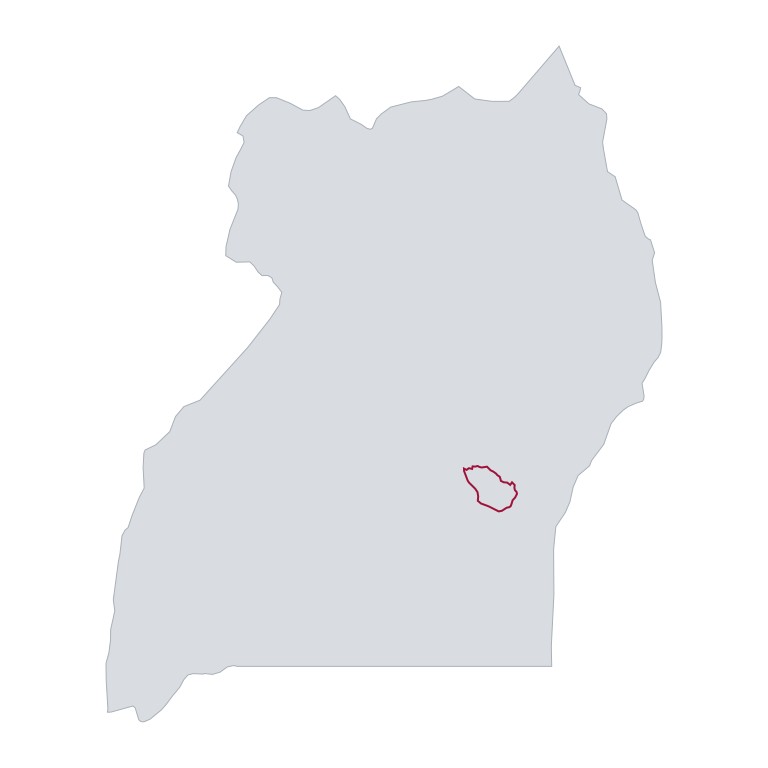 Jinja highlighted on a map of Uganda
{"feature_id": "UGA-3064", "entity_name": "Jinja", "entity_type": "District", "adm_level": 1, "iso_a3": "UGA", "parent_name": "Uganda", "parent_adm1": "", "projection": "natural_earth1", "projection_center": [33.327, 0.494], "detail": "fine", "context": "in_parent", "style": "outline", "palette": "rose", "viewbox_px": 768, "rotation_deg": 0, "n_neighbors": 0, "source": "natural_earth", "source_scale": "10m", "svg_char_len": 2885}
<svg xmlns="http://www.w3.org/2000/svg" viewBox="0 0 768 768"><path d="M551.7,666.4L540.5,666.4L522.2,666.4L504.0,666.4L485.7,666.4L467.5,666.4L449.2,666.4L431.0,666.4L412.7,666.4L394.5,666.4L376.2,666.4L358.0,666.4L339.7,666.4L321.5,666.4L303.2,666.4L285.0,666.4L266.7,666.4L248.5,666.4L237.7,666.4L235.5,666.0L234.0,665.5L227.1,667.0L220.0,672.2L212.4,674.4L204.3,673.5L203.3,674.1L199.2,673.9L193.3,673.6L187.9,675.0L183.9,679.5L179.7,687.3L172.2,696.3L166.4,704.2L161.4,709.9L150.0,719.2L143.8,721.9L140.7,721.5L138.8,719.8L135.2,707.9L133.0,706.0L110.9,712.1L107.5,712.2L107.9,708.5L106.2,680.5L106.0,663.4L108.9,652.7L110.5,640.3L110.7,629.4L114.8,610.9L113.3,599.8L118.5,560.8L119.9,554.5L122.0,535.7L125.2,529.9L128.1,527.6L131.9,516.0L139.2,497.6L144.2,488.1L143.1,467.3L143.9,453.2L145.1,450.0L155.8,444.8L169.7,431.7L175.6,416.4L183.9,406.6L200.0,400.2L247.7,347.5L269.9,319.1L279.6,304.5L279.9,299.3L281.8,292.4L277.9,287.1L273.3,282.2L271.8,277.7L267.8,275.5L262.1,275.6L258.3,272.3L254.0,265.9L249.8,261.9L236.2,262.2L225.8,255.7L226.0,246.8L230.0,229.3L238.0,209.2L238.4,203.7L237.3,198.9L235.4,194.9L231.8,190.9L228.5,186.1L231.1,171.6L236.1,157.5L240.1,150.4L244.1,142.5L243.0,136.0L237.2,132.7L240.2,126.4L246.5,115.7L258.7,104.9L269.4,97.7L276.5,97.7L290.4,103.4L303.0,110.2L309.9,110.5L318.3,107.7L335.6,95.7L339.8,99.5L344.9,106.8L350.4,118.9L361.3,124.4L366.6,128.2L370.3,129.3L372.4,128.3L376.5,118.8L381.6,113.7L390.8,107.1L411.2,101.9L425.8,100.4L432.0,99.2L442.4,96.2L458.7,86.5L474.8,99.0L492.2,101.4L509.2,101.3L514.3,97.5L517.3,94.6L535.1,74.0L559.1,46.1L575.1,85.4L580.6,87.7L579.9,91.1L578.5,94.5L589.0,103.9L601.9,108.9L606.5,113.7L606.9,119.0L602.6,142.0L603.4,148.6L607.5,171.6L615.2,176.8L622.0,200.0L635.8,209.8L637.8,212.6L641.0,223.9L645.2,236.2L648.5,239.0L650.5,239.8L654.6,252.8L652.2,260.2L655.4,282.5L660.6,302.4L661.9,326.2L662.0,336.7L661.8,343.1L660.7,352.2L658.2,357.4L653.8,362.5L649.0,370.5L644.7,379.1L642.0,383.3L644.1,396.2L643.6,399.5L642.5,401.2L636.2,403.1L628.2,406.6L623.4,410.0L616.6,416.5L611.1,423.6L603.8,444.3L591.6,460.5L589.6,465.8L578.1,475.5L573.1,487.3L569.9,501.9L565.4,512.4L555.8,526.7L553.6,549.4L553.9,594.6L551.3,646.1L551.7,666.4Z" fill="#d9dde1" stroke="#a8b0b8" stroke-width="1"/><path d="M477.6,466.0L479.3,466.9L481.7,467.5L487.0,466.7L490.6,470.3L493.3,471.6L495.8,473.4L496.6,474.2L497.4,475.2L499.7,476.7L500.4,478.8L500.9,480.9L503.8,482.3L507.2,482.6L510.2,484.9L512.0,482.3L514.7,485.1L514.4,487.7L514.9,490.1L516.5,491.8L517.0,493.8L515.2,497.4L512.6,500.3L511.6,503.7L510.7,506.1L509.3,507.2L508.0,507.4L506.5,507.8L501.9,510.8L498.7,511.4L489.2,506.6L487.0,505.7L481.0,503.5L477.8,500.8L478.2,496.5L477.5,492.1L475.1,488.6L469.1,482.7L467.7,480.6L464.1,471.1L464.0,468.6L466.6,469.9L468.9,468.2L472.1,468.9L472.6,466.4L475.2,466.6L477.6,466.0Z" fill="none" stroke="#9f1239" stroke-width="2"/></svg>